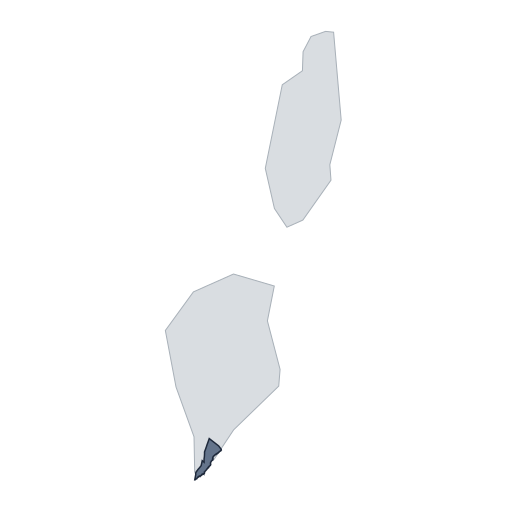 Alataua West, Vaisigano, Samoa shown in context, rotated 265°
{"feature_id": "51752279B81140789845654", "entity_name": "Alataua West", "entity_type": "district", "adm_level": 2, "iso_a3": "WSM", "parent_name": "Samoa", "parent_adm1": "Vaisigano", "projection": "albers", "projection_center": [-172.76, -13.559], "detail": "fine", "context": "in_parent", "style": "filled", "palette": "slate", "viewbox_px": 512, "rotation_deg": 265, "n_neighbors": 0, "source": "geoboundaries", "source_scale": "gbopen_adm2", "svg_char_len": 3150}
<svg xmlns="http://www.w3.org/2000/svg" viewBox="0 0 512 512"><g transform="rotate(265 256 256)"><path d="M189.7,159.2L225.7,190.5L240.0,232.0L224.5,271.6L190.4,261.7L140.9,270.1L124.4,267.3L84.8,218.6L57.3,196.7L46.2,176.1L81.3,178.5L132.5,164.9L189.7,159.2ZM472.2,352.8L384.0,352.7L340.5,337.5L325.0,337.3L287.7,305.8L282.0,289.3L301.7,278.5L342.5,272.9L424.3,297.1L436.5,318.4L455.4,320.7L469.9,330.0L473.7,344.9L472.2,352.8Z" fill="#d9dde1" stroke="#a8b0b8" stroke-width="1"/><path d="M72.5,190.9L71.6,190.5L70.6,190.1L69.1,189.4L68.8,189.3L66.3,188.1L65.2,187.6L64.3,187.6L61.3,187.2L60.2,187.0L58.5,186.6L55.1,186.3L56.8,184.6L54.8,184.0L53.9,183.7L53.0,183.4L51.9,183.1L50.9,182.1L50.3,181.6L48.5,179.7L47.3,178.7L46.5,178.0L45.7,177.4L45.2,177.0L45.0,176.9L44.0,177.0L43.1,176.8L38.4,175.5L38.4,175.8L38.4,176.0L38.7,176.3L38.8,176.4L39.0,176.6L39.1,176.9L39.2,177.1L39.2,177.3L39.3,177.3L39.4,177.6L39.6,177.8L39.8,177.9L39.9,178.0L40.2,178.3L40.3,178.5L40.5,178.6L40.8,178.8L40.9,179.1L41.1,179.3L41.3,179.4L41.4,179.6L41.5,179.9L41.4,179.9L41.5,180.0L41.5,180.3L41.4,180.1L41.3,180.3L41.5,180.4L41.6,180.5L41.8,180.7L41.8,180.8L41.8,181.2L41.9,181.3L41.9,181.6L42.0,181.8L41.9,181.8L42.0,181.9L42.0,182.0L42.1,182.3L42.2,182.5L42.3,182.7L42.5,182.6L42.7,182.8L42.8,182.7L42.9,182.8L43.0,183.0L43.3,183.3L43.2,183.4L43.2,183.5L43.3,183.5L43.3,183.8L43.2,183.9L43.2,184.0L43.4,184.2L43.3,184.4L43.4,184.6L43.5,184.7L43.4,184.8L43.6,184.8L43.5,185.1L43.6,185.3L43.7,185.5L43.8,185.6L44.0,185.6L44.3,185.7L44.5,185.8L44.8,185.8L44.9,185.7L45.0,185.7L45.0,185.8L45.4,185.9L45.4,186.0L45.5,186.2L45.6,186.3L45.8,186.4L46.0,186.5L46.3,186.8L46.4,187.0L46.6,187.1L46.8,187.4L46.9,187.5L47.0,187.6L47.1,187.8L47.3,188.0L47.5,188.2L47.6,188.3L47.8,188.4L47.9,188.5L48.0,188.6L48.2,188.8L48.3,188.8L48.4,189.0L48.6,189.1L48.8,189.3L49.0,189.5L49.3,189.7L49.2,189.8L49.4,189.9L49.4,190.1L49.6,190.1L49.8,190.4L49.8,190.5L50.0,190.5L50.4,190.7L50.4,190.9L50.4,191.0L50.5,191.1L50.8,191.4L50.8,191.5L51.0,191.7L51.1,191.8L51.2,192.0L51.4,192.1L51.5,192.2L51.5,192.3L51.8,192.4L51.9,192.6L52.1,192.7L52.3,192.7L52.6,192.7L52.9,192.6L53.3,192.7L53.5,192.6L53.8,192.6L54.0,192.7L54.4,192.9L54.6,193.0L54.8,193.2L55.0,193.4L55.4,193.5L55.6,193.6L55.8,194.0L56.0,194.2L56.1,194.3L56.3,194.6L56.4,194.9L56.6,194.8L56.8,195.0L57.1,195.1L57.3,195.1L57.4,195.3L57.6,195.1L57.8,195.3L57.9,195.2L58.0,195.2L58.2,195.3L58.3,195.3L58.3,195.5L58.5,195.6L58.8,195.3L59.0,195.4L59.6,195.7L59.9,195.9L60.2,196.1L60.2,196.3L60.5,196.8L60.8,196.9L60.9,197.0L61.0,197.3L61.2,197.5L61.3,197.7L61.5,197.8L61.6,198.0L61.7,198.3L61.8,198.4L61.7,198.5L61.8,198.6L61.8,198.8L62.0,198.8L62.4,199.3L62.5,199.5L62.4,199.6L62.5,199.7L62.6,199.8L62.5,200.0L62.8,200.2L62.9,200.5L63.1,200.7L63.0,201.0L63.3,201.2L63.4,201.4L63.5,201.5L63.6,201.8L63.8,201.8L63.9,202.0L64.0,202.1L64.3,202.5L64.5,202.8L64.6,203.2L64.7,203.3L64.8,203.4L64.9,203.5L65.1,203.7L65.1,203.8L65.1,204.0L65.4,204.1L65.5,204.2L65.7,204.3L65.8,204.3L65.8,204.5L66.0,204.5L66.3,204.5L66.5,204.5L70.1,202.2L78.2,193.5L76.6,192.8L74.4,191.8L72.5,190.9Z" fill="#64748b" stroke="#1e293b" stroke-width="1.5"/></g></svg>